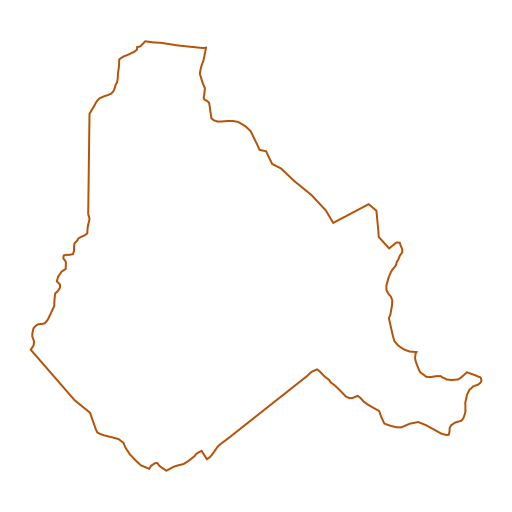 Batangafo, Ouham, Central African Republic
{"feature_id": "33826404B19230963390716", "entity_name": "Batangafo", "entity_type": "district", "adm_level": 2, "iso_a3": "CAF", "parent_name": "Central African Republic", "parent_adm1": "Ouham", "projection": "robinson", "projection_center": [18.084, 7.412], "detail": "fine", "context": "isolated", "style": "outline", "palette": "amber", "viewbox_px": 512, "rotation_deg": 0, "n_neighbors": 0, "source": "geoboundaries", "source_scale": "gbopen_adm2", "svg_char_len": 3318}
<svg xmlns="http://www.w3.org/2000/svg" viewBox="0 0 512 512"><path d="M56.8,281.4L60.0,284.5L60.0,287.6L57.9,291.0L55.1,293.6L54.5,299.4L54.2,306.1L47.7,319.8L44.7,323.4L42.0,323.9L37.9,324.4L35.6,325.9L33.5,328.3L32.4,333.1L32.2,336.2L34.1,341.7L33.5,345.6L30.7,349.7L74.6,400.2L90.0,412.7L95.7,429.0L97.4,432.6L101.0,434.3L104.4,435.5L105.5,435.7L112.5,437.4L118.6,439.1L123.3,442.7L125.6,447.8L130.0,454.5L137.1,461.9L141.2,465.5L149.2,468.8L150.1,467.5L150.9,465.9L154.5,463.5L156.8,462.8L157.5,463.3L159.7,466.2L166.4,470.7L174.0,466.6L177.7,465.5L183.6,464.0L187.9,461.3L194.9,455.9L195.4,454.9L196.6,453.7L198.5,452.4L201.6,450.9L206.9,459.2L209.9,457.1L212.2,454.4L214.1,451.7L215.8,449.4L217.5,446.9L220.2,444.3L229.0,437.7L307.2,375.9L308.4,374.7L311.6,371.8L317.1,369.4L319.4,371.1L324.5,376.4L329.2,380.0L330.7,382.4L335.1,385.7L339.4,389.8L343.4,393.9L345.9,396.6L349.7,398.2L352.5,398.0L355.9,396.6L357.6,395.8L360.5,398.0L363.7,401.6L368.0,404.7L373.9,408.1L379.2,411.0L381.1,416.5L384.3,423.5L389.8,425.6L396.6,427.3L401.4,427.3L409.9,423.7L418.2,422.0L426.0,425.2L441.3,433.6L446.3,435.0L448.7,434.8L449.5,431.7L449.7,427.8L451.2,425.2L454.2,423.2L455.2,422.5L461.2,420.8L463.3,418.4L464.6,414.8L465.4,411.7L465.4,407.1L465.4,404.5L465.2,403.0L466.2,398.7L466.9,395.1L468.6,391.5L469.4,389.8L471.7,387.9L473.0,386.5L475.6,385.5L477.9,384.8L480.0,383.1L481.3,381.4L481.3,380.0L480.9,378.0L480.0,377.1L478.7,376.8L475.6,375.4L466.9,372.3L464.3,374.7L460.7,377.8L458.0,379.5L455.2,379.7L451.4,380.0L446.5,379.5L445.7,378.8L442.1,377.3L440.6,376.1L436.6,376.1L430.4,377.1L426.2,376.8L423.9,374.9L420.5,372.5L419.0,370.1L418.6,368.9L416.7,364.1L415.6,361.0L415.0,357.8L415.4,355.4L415.6,353.5L416.5,352.1L413.5,351.8L409.7,351.6L408.4,351.1L404.6,349.7L400.6,347.3L398.0,345.3L394.4,341.2L392.9,336.0L388.9,318.2L390.4,314.6L391.0,310.9L391.9,306.1L392.3,300.4L390.8,296.5L388.3,293.6L386.4,289.8L386.4,285.7L388.3,278.5L389.3,275.8L391.2,271.5L392.5,269.6L395.9,265.3L396.9,261.7L398.2,259.7L399.9,255.6L402.2,252.3L402.2,248.9L400.8,246.0L399.7,242.7L396.9,242.4L395.7,243.1L389.1,248.4L378.7,236.9L378.3,230.4L376.4,210.7L368.6,204.2L333.2,222.9L325.8,210.4L311.4,195.0L294.6,181.3L280.9,168.4L272.2,164.0L269.0,157.5L266.1,151.3L259.5,149.8L257.4,145.0L250.6,131.1L245.5,126.3L241.5,123.9L238.1,121.9L232.8,121.0L227.9,121.0L221.2,121.5L217.4,121.5L213.8,120.3L211.4,118.3L211.0,115.4L210.4,111.8L209.7,106.3L209.1,102.7L206.8,100.8L204.4,99.6L203.6,97.9L204.2,95.2L204.9,88.0L203.2,84.4L201.7,80.1L199.8,73.6L201.1,66.9L203.6,59.9L206.0,47.7L203.0,48.0L202.6,48.0L191.7,46.9L178.1,45.5L161.4,42.9L160.8,42.8L153.0,42.4L147.0,41.5L145.3,41.3L140.1,46.5L137.1,47.1L137.0,49.6L134.1,51.9L132.2,52.7L129.6,54.0L126.5,55.4L123.4,56.5L120.2,58.7L119.2,59.4L119.1,64.4L118.7,68.4L118.0,73.1L117.7,78.5L117.0,82.5L115.7,84.5L114.9,87.6L113.5,91.1L111.2,93.6L107.3,95.3L104.6,96.1L99.7,98.2L97.6,100.2L95.7,103.0L94.8,104.8L89.5,113.8L88.2,213.8L89.4,218.4L89.4,220.1L88.4,223.7L87.7,227.3L87.5,229.9L87.3,233.3L84.8,235.2L80.7,237.1L78.6,238.3L77.1,240.7L74.4,243.4L74.2,245.1L74.0,248.4L74.0,250.8L73.1,254.0L71.6,254.4L69.1,254.9L65.9,254.9L63.8,255.4L63.4,257.1L63.4,258.5L65.3,260.9L65.9,262.4L65.7,268.9L61.5,271.7L60.2,273.7L58.1,276.8L56.8,281.4Z" fill="none" stroke="#b45309" stroke-width="2"/></svg>